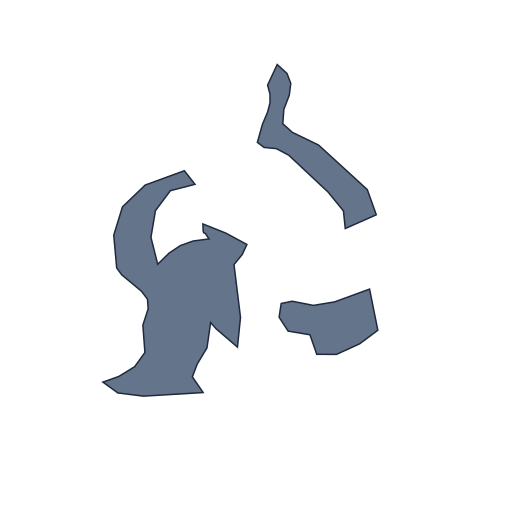 an SVG outline of Penghu, rotated 115°
{"feature_id": "TWN-3414", "entity_name": "Penghu", "entity_type": "County", "adm_level": 1, "iso_a3": "TWN", "parent_name": "Taiwan", "parent_adm1": "", "projection": "orthographic", "projection_center": [119.557, 23.598], "detail": "fine", "context": "isolated", "style": "filled", "palette": "slate", "viewbox_px": 512, "rotation_deg": 115, "n_neighbors": 0, "source": "natural_earth", "source_scale": "10m", "svg_char_len": 1104}
<svg xmlns="http://www.w3.org/2000/svg" viewBox="0 0 512 512"><g transform="rotate(115 256 256)"><path d="M402.1,246.2L430.6,298.8L438.5,323.3L435.0,341.5L423.2,329.5L407.6,319.2L390.4,315.9L366.5,329.3L349.5,331.4L341.0,336.1L336.3,345.0L329.8,369.8L325.7,377.2L297.3,393.7L267.9,397.8L238.5,386.4L209.0,357.0L216.8,341.6L233.0,361.2L257.4,366.3L283.5,359.1L305.0,341.6L290.1,336.0L278.4,328.9L268.9,319.2L260.4,305.8L257.0,311.4L257.0,313.3L255.8,314.4L249.4,317.7L248.0,293.3L249.4,269.1L260.4,269.1L273.1,272.3L318.2,244.1L346.4,234.3L338.9,261.2L335.5,269.0L360.0,261.6L378.7,263.6L392.4,262.6L402.1,246.2ZM129.0,246.2L148.8,183.2L167.8,164.4L193.4,186.7L178.2,195.8L167.6,217.7L150.8,269.0L150.1,282.9L154.2,294.6L152.4,302.8L134.0,305.8L120.8,306.3L111.4,308.0L103.6,311.6L96.2,317.7L73.5,317.7L77.5,305.0L84.9,297.4L96.2,293.8L111.5,292.7L124.8,287.6L128.6,275.3L129.0,246.2ZM281.7,204.1L276.5,183.1L264.4,165.4L238.0,139.1L271.8,114.2L291.7,124.9L311.2,141.5L319.4,159.4L304.6,173.8L310.5,195.1L301.7,209.2L288.4,213.1L281.7,204.1Z" fill="#64748b" stroke="#1e293b" stroke-width="1.5"/></g></svg>